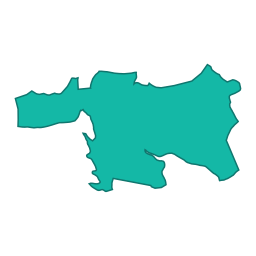 the district of Monchy/Lafeuille, Gros Islet, Saint Lucia
{"feature_id": "8701671B46064896130461", "entity_name": "Monchy/Lafeuille", "entity_type": "district", "adm_level": 2, "iso_a3": "LCA", "parent_name": "Saint Lucia", "parent_adm1": "Gros Islet", "projection": "mercator", "projection_center": [-60.941, 14.059], "detail": "fine", "context": "isolated", "style": "filled", "palette": "teal", "viewbox_px": 256, "rotation_deg": 0, "n_neighbors": 0, "source": "geoboundaries", "source_scale": "gbopen_adm2", "svg_char_len": 5766}
<svg xmlns="http://www.w3.org/2000/svg" viewBox="0 0 256 256"><path d="M78.0,77.8L75.5,78.6L74.1,78.2L72.1,78.1L71.6,78.6L70.0,81.9L67.5,86.4L64.0,90.4L61.3,93.4L59.3,94.1L56.3,93.8L54.7,93.2L52.2,94.0L49.4,95.1L47.3,94.9L43.7,93.5L41.3,94.0L39.5,94.4L37.6,94.1L36.2,93.7L32.3,91.3L31.8,91.0L26.8,94.6L15.4,98.5L15.5,98.9L18.1,109.1L18.2,119.8L18.0,126.4L22.2,127.0L24.7,127.1L27.5,126.9L30.7,127.4L34.0,127.8L37.4,127.4L39.3,127.5L41.0,127.5L44.1,127.0L47.7,126.2L52.1,124.9L55.2,123.9L59.2,122.7L63.2,122.6L67.3,122.3L70.2,122.0L74.9,120.8L76.5,119.0L78.1,116.9L79.1,114.3L80.1,111.3L80.7,110.3L81.7,110.6L82.7,109.7L83.1,109.5L83.3,109.8L84.1,111.4L85.7,112.5L86.7,113.7L87.8,114.8L89.1,115.4L90.0,115.9L90.4,116.7L90.9,119.2L92.1,121.7L93.1,124.3L93.6,127.2L93.6,129.0L94.2,131.0L94.8,132.8L95.6,135.7L95.4,137.9L92.6,140.8L90.2,139.3L87.4,136.5L85.7,133.7L83.1,133.3L83.6,134.4L85.0,136.4L85.1,136.6L85.7,138.3L86.1,139.3L86.3,139.7L86.7,140.3L87.2,141.0L87.4,141.6L87.4,142.6L87.5,143.5L87.8,144.4L88.4,145.3L89.1,146.8L89.6,147.8L90.3,150.6L90.4,151.2L90.2,151.9L89.8,152.8L89.4,153.4L88.5,153.9L87.7,154.4L87.2,154.7L86.8,155.2L86.7,155.7L86.9,156.5L87.1,156.8L87.4,157.2L88.1,157.6L88.5,157.8L88.9,157.9L89.7,158.2L90.2,158.4L91.0,158.8L91.4,159.1L92.0,159.9L94.6,164.6L95.0,165.4L95.4,166.2L95.7,167.0L96.0,168.1L96.3,168.9L96.4,169.6L96.3,170.2L96.0,170.6L95.1,170.9L94.2,171.0L93.1,171.2L92.8,171.3L92.5,171.7L92.4,171.9L92.3,172.4L92.5,173.5L93.0,173.8L93.5,174.1L93.9,174.3L94.6,174.6L95.2,175.0L96.0,175.5L96.5,175.9L97.3,176.5L97.8,177.5L98.1,178.1L98.3,178.6L98.7,179.5L99.5,180.6L99.9,181.2L100.1,181.6L100.1,182.0L100.0,182.5L99.5,183.0L99.0,183.3L98.3,183.6L97.0,183.8L95.8,183.8L94.0,183.6L93.0,183.4L92.0,183.3L90.9,183.3L90.5,183.3L89.2,183.8L89.8,184.4L90.5,185.2L91.1,185.9L91.9,186.6L92.8,187.3L93.6,187.8L94.7,188.5L95.4,188.9L96.4,189.5L97.3,190.0L98.3,190.3L99.4,190.3L100.6,190.0L101.4,189.7L102.5,189.6L103.8,190.2L104.5,190.7L105.2,191.2L105.8,191.4L106.6,191.3L112.4,189.5L111.9,188.1L111.8,186.6L111.9,185.1L111.9,183.9L111.9,183.0L112.2,181.8L112.5,180.7L112.8,179.8L113.2,178.4L150.8,185.5L151.4,186.7L155.0,188.2L161.4,187.5L166.0,184.7L165.7,182.4L165.4,180.9L165.2,180.3L165.0,179.8L164.8,179.4L164.3,178.5L164.2,178.1L163.7,177.2L162.5,175.0L162.1,173.9L162.1,173.7L162.0,172.8L161.9,171.6L162.2,170.9L163.2,169.0L163.7,168.1L164.4,167.1L164.6,166.0L164.7,164.9L164.6,163.9L164.4,162.9L164.0,162.0L163.3,161.3L162.2,161.0L161.2,160.8L160.2,160.9L159.5,160.8L159.0,160.7L158.2,160.4L157.6,160.3L156.8,159.9L156.0,159.2L155.3,158.6L154.9,158.1L154.4,157.5L154.1,157.1L153.8,156.8L153.1,156.1L152.1,155.5L151.2,155.1L150.7,154.9L149.3,154.5L147.3,153.6L146.5,153.1L145.9,152.6L145.7,152.4L145.3,151.7L145.0,150.7L145.1,150.3L145.1,149.8L145.8,150.2L146.3,150.7L146.5,150.9L146.7,151.1L146.9,151.3L147.2,151.5L147.5,151.7L148.7,152.5L149.0,152.6L149.9,153.0L150.5,153.2L150.9,153.3L151.6,153.6L151.9,153.7L152.1,153.8L153.0,154.1L154.2,154.5L154.4,154.6L155.1,154.9L155.5,155.1L157.4,156.0L158.2,156.3L158.4,156.4L159.1,156.5L159.4,156.5L159.6,156.5L159.8,156.5L160.1,156.5L161.0,156.3L161.5,156.1L162.8,155.6L163.4,155.3L164.7,154.7L166.5,153.9L167.3,153.6L167.5,153.6L168.6,153.4L168.9,153.3L169.7,153.3L170.9,153.2L171.1,153.2L171.8,153.2L172.7,153.5L173.0,153.7L174.5,154.2L174.8,154.4L175.0,154.5L175.7,155.0L176.3,155.4L177.5,156.2L178.1,156.5L178.9,157.0L180.3,157.8L182.6,159.1L183.3,159.5L184.3,160.1L184.7,160.5L186.2,161.8L187.3,162.4L187.7,162.6L188.1,162.7L191.5,163.8L191.9,163.9L194.7,164.2L195.6,164.3L198.0,164.8L199.7,165.3L200.4,165.4L202.1,165.6L204.2,166.0L205.3,166.3L206.2,166.9L207.4,167.9L209.9,170.1L212.7,172.6L214.1,173.6L215.2,174.1L217.1,175.6L217.9,176.3L218.6,177.1L218.8,177.6L219.4,180.0L219.6,180.6L220.7,180.4L221.9,180.2L223.2,180.1L224.3,179.9L225.7,179.2L227.2,178.7L228.0,178.3L229.4,177.5L230.6,176.8L232.0,175.9L233.3,175.1L234.4,173.9L235.3,172.8L236.2,171.9L237.6,170.8L238.8,170.0L226.2,140.2L226.3,139.9L226.6,139.4L227.0,138.1L227.3,137.1L227.7,135.8L228.1,134.9L230.2,130.5L230.8,129.2L232.1,127.5L232.8,126.8L233.5,126.1L234.4,125.0L234.6,124.8L236.4,123.2L237.6,122.1L238.2,121.5L238.1,121.3L237.1,119.9L236.6,119.3L235.5,117.4L234.3,115.0L233.7,113.8L233.4,113.2L232.9,112.4L232.5,111.7L232.2,111.0L231.8,110.3L231.3,109.5L231.0,109.0L230.5,108.0L230.0,107.1L229.8,106.2L229.8,105.8L229.7,105.5L229.7,105.0L229.7,104.5L229.7,104.4L229.7,103.9L229.9,103.4L230.1,103.1L230.4,102.7L230.5,102.1L230.2,101.2L229.9,100.4L229.7,99.4L229.3,98.1L229.3,96.8L229.3,96.4L229.5,96.0L229.6,95.8L230.2,95.2L231.2,94.7L234.0,93.6L234.8,93.3L237.4,91.9L238.7,91.2L239.6,90.5L240.2,90.0L240.6,88.7L240.4,87.5L240.1,86.1L239.8,85.0L239.6,83.7L238.9,82.6L237.7,81.8L236.2,80.9L234.6,80.2L232.8,79.8L227.5,81.9L227.1,81.9L224.8,80.4L223.0,79.2L221.1,77.4L220.4,76.5L219.5,75.0L219.3,74.6L217.5,73.9L216.3,73.2L215.0,72.3L213.8,71.4L212.0,69.9L211.4,68.6L210.8,66.8L209.8,66.0L209.1,65.6L207.4,64.6L201.3,73.3L191.8,81.1L174.2,85.6L161.2,87.8L156.0,87.3L153.6,86.2L151.7,85.1L150.4,84.2L149.2,83.2L148.4,84.9L147.5,85.6L145.5,85.5L143.9,85.3L142.4,85.0L141.5,84.7L140.6,84.2L139.4,83.5L138.5,83.0L137.2,82.7L136.1,82.7L134.5,83.4L134.3,83.6L134.1,83.8L134.4,81.7L135.0,80.3L135.8,78.9L136.4,77.7L136.5,77.0L136.3,74.8L136.1,73.3L136.3,72.5L136.2,72.3L134.4,72.5L131.2,73.2L126.6,73.6L124.0,73.8L119.1,73.6L114.6,73.2L109.9,72.3L107.2,71.8L104.6,71.6L101.6,71.3L99.1,71.3L98.7,72.0L98.5,72.3L97.8,72.9L97.3,73.4L95.9,74.5L95.3,75.2L93.7,77.4L92.9,78.7L92.7,79.0L92.4,79.9L92.0,81.1L91.4,82.7L90.9,84.6L90.8,84.8L90.7,85.5L90.6,86.3L90.4,87.6L90.4,87.9L90.5,88.1L78.2,89.3L78.1,87.5L78.0,85.6L77.7,80.2L77.7,79.6L77.9,78.6L78.0,78.3L78.0,77.8Z" fill="#14b8a6" stroke="#0f766e" stroke-width="1.5"/></svg>